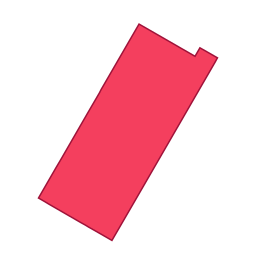 the district of Divide, North Dakota, United States of America, rotated 300°
{"feature_id": "52423323B7908254608729", "entity_name": "Divide", "entity_type": "district", "adm_level": 2, "iso_a3": "USA", "parent_name": "United States of America", "parent_adm1": "North Dakota", "projection": "equal_earth", "projection_center": [-103.804, 48.816], "detail": "fine", "context": "isolated", "style": "filled", "palette": "rose", "viewbox_px": 256, "rotation_deg": 300, "n_neighbors": 0, "source": "geoboundaries", "source_scale": "gbopen_adm2", "svg_char_len": 710}
<svg xmlns="http://www.w3.org/2000/svg" viewBox="0 0 256 256"><g transform="rotate(300 128 128)"><path d="M223.5,85.6L223.3,85.6L147.8,85.5L144.2,85.7L121.9,85.6L95.9,85.6L66.3,85.6L58.1,85.5L36.9,85.5L34.8,85.5L27.7,85.5L22.6,85.5L22.6,88.4L22.6,93.1L22.6,93.8L22.5,94.9L22.6,95.3L22.5,96.6L22.5,97.1L22.5,98.5L22.5,99.2L22.5,100.8L22.5,105.8L22.5,107.0L22.5,108.0L22.5,113.2L22.5,114.2L22.5,114.6L22.5,116.1L22.5,116.5L22.5,120.8L22.5,132.4L22.5,134.4L22.6,139.7L22.5,143.0L22.5,144.0L22.6,163.3L22.6,163.5L22.6,164.5L22.6,164.8L22.6,166.6L22.6,166.9L22.6,170.3L67.8,170.4L229.6,170.5L231.9,170.4L233.5,170.4L233.4,150.2L223.6,150.2L223.5,85.6Z" fill="#f43f5e" stroke="#9f1239" stroke-width="1.5"/></g></svg>